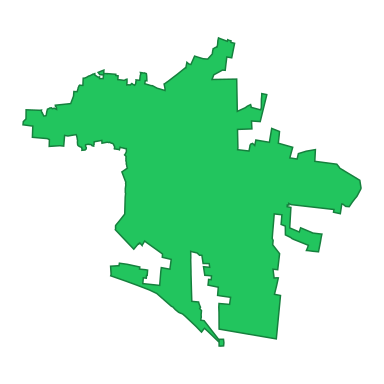 Tixkokob, Yucatán, Mexico
{"feature_id": "50627088B39788143145852", "entity_name": "Tixkokob", "entity_type": "district", "adm_level": 2, "iso_a3": "MEX", "parent_name": "Mexico", "parent_adm1": "Yucatán", "projection": "natural_earth1", "projection_center": [-89.387, 20.975], "detail": "fine", "context": "isolated", "style": "filled", "palette": "green", "viewbox_px": 384, "rotation_deg": 0, "n_neighbors": 0, "source": "geoboundaries", "source_scale": "gbopen_adm2", "svg_char_len": 5816}
<svg xmlns="http://www.w3.org/2000/svg" viewBox="0 0 384 384"><path d="M248.7,334.2L276.3,338.9L280.5,295.5L274.5,294.3L274.7,293.3L276.5,286.1L278.3,277.9L277.1,277.8L274.1,278.0L273.0,269.2L277.7,269.7L279.6,253.7L272.7,244.8L273.1,240.5L272.8,239.6L272.2,238.5L272.7,232.0L273.6,221.5L274.2,213.9L281.9,214.8L281.1,224.4L285.3,226.1L285.4,234.9L290.7,237.5L292.0,238.6L293.7,239.4L308.4,245.3L308.1,246.1L307.5,247.9L306.4,250.5L308.0,250.6L313.2,251.3L318.5,251.8L320.4,242.1L321.2,237.3L321.9,234.1L319.9,233.9L312.5,233.0L312.5,232.9L312.0,232.6L300.6,227.8L299.3,232.0L289.7,227.9L290.9,207.4L287.1,206.7L287.3,204.9L288.8,205.1L288.7,203.4L291.0,204.6L334.0,209.5L333.5,212.2L340.3,213.7L341.8,204.0L342.8,204.1L345.7,206.4L349.2,206.7L352.3,202.1L355.0,198.6L356.4,197.0L357.0,196.2L360.7,189.2L360.9,188.7L361.0,187.9L359.8,180.3L339.8,168.2L338.9,166.8L336.8,164.2L314.8,161.3L315.4,149.6L306.2,151.2L298.4,153.6L297.1,159.0L289.8,157.9L292.7,147.3L284.6,145.0L278.3,143.2L279.2,134.9L279.5,131.5L271.7,128.4L269.4,142.3L256.9,140.2L256.9,140.3L255.9,140.0L254.7,145.5L252.6,143.4L250.7,144.1L250.0,145.4L249.9,146.4L249.0,151.0L237.6,149.7L237.9,147.9L237.5,129.4L251.9,128.9L251.5,121.0L260.2,121.6L266.8,94.8L266.8,94.6L261.8,93.6L261.7,96.0L261.6,97.2L261.4,99.2L261.3,107.5L260.9,109.1L260.6,109.9L251.1,107.3L251.1,106.3L250.6,104.6L247.3,106.2L245.3,107.7L237.3,111.4L236.9,90.6L236.8,85.3L236.8,84.4L236.7,79.1L212.0,79.5L213.8,74.8L219.0,72.0L222.4,70.1L222.8,70.1L225.2,70.3L226.0,63.4L226.1,62.7L226.8,57.0L231.7,57.8L234.6,43.3L230.9,42.4L230.9,42.2L231.0,40.8L229.1,40.4L227.7,39.7L227.3,41.3L220.1,38.6L218.5,37.9L217.9,40.6L217.6,44.5L217.3,45.9L217.1,46.9L216.5,46.9L216.3,47.3L215.3,47.5L213.8,48.5L213.2,48.6L213.1,49.5L212.8,50.1L212.8,50.5L212.6,51.1L212.6,51.7L212.6,52.1L212.4,52.6L212.4,53.5L212.2,54.1L207.7,59.1L203.0,58.7L197.7,57.1L194.6,56.1L190.9,64.5L188.9,64.0L186.9,62.3L185.8,67.9L185.3,67.8L177.0,74.5L174.6,76.3L168.1,81.3L166.6,82.3L165.9,82.9L165.4,83.2L164.8,83.7L164.1,84.0L165.0,88.5L165.0,90.5L157.1,88.2L152.5,85.7L151.0,85.6L144.7,83.7L145.3,80.6L146.9,80.8L146.7,76.2L146.4,73.8L146.3,73.6L144.6,73.0L144.3,72.9L143.9,73.1L141.2,72.6L140.4,72.5L140.8,74.0L140.5,74.9L140.3,75.2L139.7,80.3L136.0,79.9L136.1,81.0L135.9,81.5L135.7,83.6L134.6,85.3L133.4,84.6L132.8,84.3L132.5,84.1L132.1,83.6L131.7,83.5L130.5,84.8L130.3,85.0L129.8,84.9L127.6,84.8L126.8,84.9L126.9,82.5L127.0,82.4L127.0,81.0L127.0,79.2L126.0,79.4L125.4,79.8L124.9,80.0L124.6,80.2L124.1,80.4L121.6,80.0L117.8,79.6L118.1,75.8L115.7,75.5L115.8,74.3L107.2,73.6L107.2,73.8L103.7,73.4L103.9,70.1L101.0,71.2L98.1,72.4L99.8,74.7L103.6,74.9L103.1,78.6L99.5,78.6L99.5,76.9L98.3,77.1L97.4,76.8L96.2,75.9L95.0,75.3L94.8,73.6L94.2,73.8L93.7,74.1L92.9,74.1L92.6,74.5L91.7,74.8L90.8,75.3L90.4,75.5L90.1,75.7L89.7,75.8L88.8,76.0L86.4,77.4L84.6,78.1L83.2,78.2L82.9,85.4L80.7,85.3L79.7,85.1L79.0,85.8L78.6,86.9L78.2,87.7L78.0,88.8L77.7,89.7L77.1,91.7L73.9,91.5L73.5,96.2L70.7,103.6L61.2,104.6L55.3,105.2L55.4,106.2L56.2,107.0L56.5,107.9L56.6,109.4L54.3,108.2L52.3,108.7L51.4,107.8L49.5,108.1L48.8,108.7L47.5,109.1L46.8,111.6L46.1,115.6L45.1,115.9L43.8,116.0L42.7,113.8L42.3,112.8L42.0,112.8L41.3,110.9L41.5,110.1L39.8,110.3L26.1,109.8L26.0,118.9L23.3,121.6L23.0,124.8L32.8,126.1L32.4,137.3L47.3,138.6L49.4,139.6L49.2,146.4L59.9,145.7L63.7,146.1L64.6,135.4L67.9,136.0L76.2,134.6L77.0,137.1L77.0,137.5L77.2,138.4L77.3,139.0L77.3,139.5L77.6,140.4L77.4,142.1L77.6,144.5L78.0,145.5L79.0,146.2L80.1,146.8L81.6,147.4L82.0,149.2L81.9,150.3L85.1,150.0L86.2,148.9L86.3,147.5L85.6,146.5L85.5,146.2L85.6,144.8L87.3,144.4L88.5,144.2L89.0,144.5L89.4,144.4L91.1,144.7L91.5,144.8L91.9,145.6L92.7,145.9L93.7,146.1L93.7,145.2L94.1,144.3L94.0,143.8L94.2,141.8L101.8,140.4L102.0,143.2L107.3,142.2L109.0,142.6L109.4,142.3L109.8,142.2L111.1,143.1L111.5,143.2L112.2,143.3L113.3,144.0L114.7,147.0L114.3,148.7L114.4,148.9L114.9,148.9L117.4,149.3L118.4,149.4L119.4,149.8L120.1,147.2L121.4,147.7L122.4,147.8L122.6,147.9L123.5,148.1L124.1,148.3L125.4,148.6L126.3,148.6L126.3,149.7L126.4,150.7L126.3,152.0L125.0,154.5L124.6,154.9L125.4,155.7L126.1,156.4L125.9,158.4L126.0,159.0L125.9,160.3L125.9,160.7L126.5,163.1L126.2,163.9L126.4,164.3L126.7,165.2L126.9,166.8L127.4,168.1L121.9,171.9L125.6,181.7L125.8,181.9L125.6,183.5L125.7,184.0L125.8,185.1L125.3,188.5L125.3,192.6L125.6,193.3L125.2,197.1L124.8,211.3L124.7,214.1L119.2,221.1L116.7,224.1L115.6,225.5L115.5,227.4L115.7,228.0L115.3,229.7L127.3,242.4L133.8,249.2L138.4,243.7L138.8,244.1L139.8,242.9L142.1,245.5L142.2,245.1L144.7,241.0L146.0,242.1L160.1,252.2L162.5,254.0L162.3,257.3L171.2,259.4L169.9,269.2L161.3,267.6L160.8,271.6L159.7,285.4L142.8,283.6L143.3,277.8L146.3,278.2L146.5,275.5L147.2,275.4L147.6,270.1L145.4,269.7L139.5,269.1L139.8,267.0L127.3,264.3L119.4,263.2L119.0,265.7L110.6,266.2L111.1,274.4L110.7,275.8L125.5,281.0L137.0,285.2L149.5,290.0L156.8,293.5L171.4,306.3L172.8,306.9L175.1,309.4L175.3,309.6L178.6,312.3L179.9,312.9L182.5,313.9L185.3,316.3L196.2,326.6L198.2,328.7L201.5,332.1L203.3,329.7L204.5,328.3L207.7,331.2L219.0,342.1L219.1,342.9L219.1,346.0L220.5,346.1L223.6,345.9L223.9,342.8L223.5,339.3L219.1,339.3L219.1,340.0L204.1,320.7L200.8,320.2L201.0,318.2L201.3,317.2L201.1,314.9L201.4,311.7L201.5,310.6L199.7,308.5L200.5,307.2L200.0,306.2L199.0,303.6L198.6,302.0L193.3,301.5L191.8,301.3L191.5,291.8L191.0,274.1L191.0,271.8L190.7,259.7L190.8,257.8L190.7,251.3L192.2,251.8L193.9,252.2L197.2,253.0L197.8,253.6L199.6,255.3L200.9,255.2L201.9,255.3L203.1,263.5L209.2,263.6L209.7,267.3L203.5,266.7L204.8,275.3L207.8,275.5L211.5,275.9L211.2,279.7L208.6,279.4L208.3,282.7L208.0,285.1L218.3,287.2L217.6,295.4L218.5,295.5L219.9,295.8L230.6,297.3L229.6,304.4L219.0,303.5L218.8,307.2L219.0,312.4L219.1,329.1L248.7,334.2Z" fill="#22c55e" stroke="#15803d" stroke-width="1.5"/></svg>